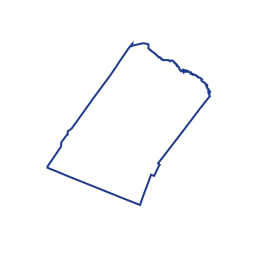 San Isidro, Buenos Aires, Argentina, rotated 336°
{"feature_id": "61730980B51340579014160", "entity_name": "San Isidro", "entity_type": "district", "adm_level": 2, "iso_a3": "ARG", "parent_name": "Argentina", "parent_adm1": "Buenos Aires", "projection": "robinson", "projection_center": [-58.492, -34.488], "detail": "fine", "context": "isolated", "style": "outline", "palette": "blue", "viewbox_px": 256, "rotation_deg": 336, "n_neighbors": 0, "source": "geoboundaries", "source_scale": "gbopen_adm2", "svg_char_len": 4635}
<svg xmlns="http://www.w3.org/2000/svg" viewBox="0 0 256 256"><g transform="rotate(336 128 128)"><path d="M216.9,129.0L216.9,128.8L216.9,128.7L217.1,128.8L217.3,128.8L217.5,128.7L217.4,128.3L217.1,128.3L217.1,128.2L217.3,128.1L217.2,128.0L217.2,127.8L217.0,127.7L216.9,127.6L217.0,127.6L217.2,127.4L217.0,127.2L217.2,126.9L216.8,126.7L216.8,126.3L216.9,126.1L217.0,126.1L217.0,125.7L217.3,125.6L217.3,125.4L217.2,125.3L217.3,125.1L217.0,124.9L216.9,124.7L216.7,124.5L216.6,124.4L216.7,124.1L216.9,124.1L216.8,123.8L216.7,123.6L216.7,122.9L216.7,122.4L216.6,122.2L217.0,122.1L217.1,121.9L217.3,121.8L217.7,121.5L217.8,121.4L217.7,121.2L217.4,121.0L217.6,120.7L217.6,120.4L217.6,120.2L217.4,120.0L217.3,119.9L216.9,119.7L216.8,119.8L216.7,119.8L216.7,119.6L216.6,119.2L216.4,118.3L216.4,118.0L216.3,117.9L216.4,117.6L216.1,117.2L215.8,116.8L215.6,116.7L215.4,116.4L215.2,116.3L215.1,116.1L215.0,115.9L214.8,115.8L214.7,115.6L214.6,115.0L214.5,114.5L214.4,114.4L214.5,114.1L214.7,113.8L215.2,113.5L215.3,113.5L215.2,113.2L214.9,112.7L214.8,112.4L214.3,111.5L214.2,111.4L213.7,111.0L213.4,110.9L213.2,110.9L212.9,110.5L213.0,110.2L212.9,110.1L212.7,109.7L212.4,109.6L212.4,109.4L212.4,109.2L212.2,108.6L211.9,108.5L211.9,108.4L212.0,108.3L212.0,108.2L211.8,108.0L211.9,107.9L211.7,107.7L211.4,107.7L211.1,107.2L211.0,106.9L210.8,106.8L210.7,106.7L210.2,106.4L210.1,106.2L210.0,105.8L209.8,105.7L209.6,105.6L209.4,105.6L209.2,105.6L209.4,105.3L209.4,105.2L209.1,105.0L208.8,104.7L208.7,104.6L208.4,104.5L208.1,104.5L207.9,104.4L208.1,104.3L208.2,104.1L208.0,103.9L208.1,103.7L208.1,103.3L207.8,103.4L207.7,103.3L207.6,103.2L207.7,102.9L207.4,102.8L207.4,102.6L207.5,102.6L207.2,102.1L206.7,102.0L206.6,101.8L206.6,101.6L206.2,101.6L206.0,101.4L206.4,101.4L206.5,101.3L206.5,101.2L206.4,101.0L206.3,100.9L206.3,101.0L206.1,101.0L206.0,100.6L205.8,100.3L205.5,100.2L205.4,100.2L205.2,99.5L204.8,99.3L204.5,99.4L204.5,99.5L204.3,99.6L203.9,100.0L203.7,100.2L203.3,100.0L203.5,99.4L203.6,99.1L203.6,98.8L203.3,98.9L203.2,98.9L203.0,99.3L202.9,99.5L202.9,99.1L202.9,98.9L202.9,98.7L202.7,98.8L202.4,99.2L202.1,99.6L201.9,99.7L202.0,99.4L202.0,99.1L202.6,97.8L202.5,97.5L202.3,97.4L202.3,97.2L202.1,97.1L201.8,97.2L201.7,97.2L201.4,97.1L201.2,97.1L201.0,97.3L200.8,97.5L200.5,97.6L200.2,97.9L200.2,98.2L199.8,98.0L199.7,98.0L199.5,97.7L199.4,97.3L199.3,97.1L199.2,96.9L199.2,96.5L199.1,96.2L199.1,95.6L199.1,95.3L199.1,95.2L198.9,95.0L198.8,94.9L198.9,94.7L199.2,94.2L199.2,93.8L199.1,93.6L199.0,93.3L199.0,93.2L198.8,92.9L198.8,92.7L199.0,92.6L198.9,92.3L198.7,92.2L198.4,91.9L198.5,91.7L198.5,91.4L198.3,91.4L198.1,91.2L198.3,91.0L198.4,90.8L198.5,90.6L198.5,90.3L198.5,90.1L198.4,89.9L198.0,89.6L197.9,89.7L197.9,89.4L198.1,89.2L198.0,88.9L197.8,88.7L197.6,88.6L197.6,88.4L197.4,88.2L197.5,88.0L197.5,87.8L197.5,87.7L197.4,87.4L197.1,87.3L196.8,87.1L196.7,86.2L196.6,85.6L196.6,85.1L196.5,84.9L196.1,84.6L195.7,84.5L195.3,84.3L195.2,84.1L194.6,84.1L194.3,83.9L194.1,83.9L193.8,84.0L193.8,83.9L193.7,83.8L193.2,83.7L193.3,83.3L193.3,83.1L192.9,82.7L192.2,82.3L191.6,82.1L191.3,81.9L191.1,81.7L190.9,81.7L190.2,81.4L189.6,81.1L189.4,81.1L189.2,80.8L189.0,80.7L188.6,80.6L188.2,80.7L187.6,80.2L187.4,80.0L187.3,79.8L187.3,79.6L187.4,79.4L187.3,79.1L187.1,78.9L186.9,78.9L186.8,79.0L186.5,78.9L186.6,78.6L186.6,78.4L186.6,78.0L186.4,77.8L186.2,77.6L186.1,77.3L186.3,77.2L186.2,76.9L185.9,76.7L185.9,76.4L185.8,76.2L185.7,76.2L185.3,75.9L185.0,76.0L185.0,75.9L185.0,75.6L184.9,75.2L184.6,75.1L184.6,74.9L184.5,74.7L184.1,73.9L184.1,73.6L184.0,73.3L183.7,73.2L183.7,72.9L183.6,72.7L183.6,72.4L183.5,72.2L183.2,71.4L182.8,71.1L182.6,70.8L182.5,70.6L182.5,70.1L182.3,69.8L182.1,69.4L182.0,69.2L181.7,69.1L181.6,68.9L181.6,68.6L181.2,67.9L180.8,67.6L180.8,67.1L180.7,66.9L180.3,66.6L180.2,66.3L180.2,66.1L180.3,66.0L180.3,65.8L180.0,65.5L179.7,64.8L179.4,64.7L179.1,63.9L179.1,63.5L180.5,60.5L180.7,60.0L180.7,59.9L180.3,59.9L179.1,58.5L178.4,57.9L178.2,57.9L177.3,57.4L175.5,56.5L175.0,56.3L174.2,56.2L172.8,55.9L172.3,55.9L171.9,55.8L171.1,55.7L169.1,55.2L168.1,55.1L166.8,54.7L166.1,54.6L165.2,54.7L166.2,52.8L161.7,55.0L146.5,64.3L141.5,67.6L135.6,71.2L133.6,72.5L117.5,81.6L106.1,88.0L105.8,88.4L103.4,89.8L102.9,90.0L76.1,105.7L71.6,106.5L70.3,109.3L70.0,109.0L64.3,112.3L61.4,113.7L59.2,117.8L38.7,130.5L38.5,130.9L38.2,131.5L44.3,137.8L54.7,148.8L85.3,180.3L92.2,187.5L107.6,203.2L117.9,192.5L123.2,187.2L130.0,180.1L132.4,182.4L137.7,177.8L139.8,176.1L142.0,174.4L141.0,172.6L152.6,166.3L164.1,160.1L178.5,152.3L200.8,140.0L210.8,134.7L215.8,132.2L215.7,131.3L215.7,128.9L216.9,129.0Z" fill="none" stroke="#1e3a8a" stroke-width="2"/></g></svg>